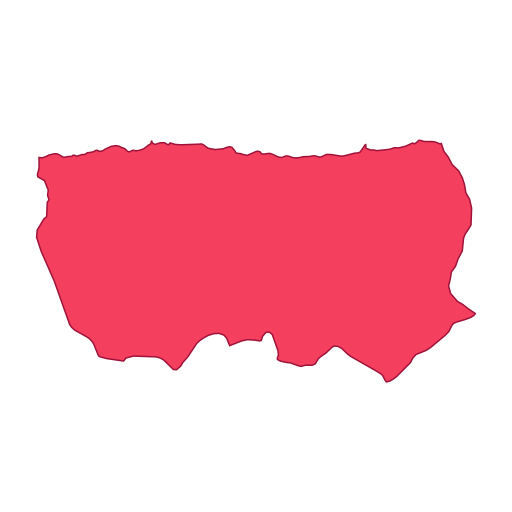 Tarapacá, Equal Earth projection, rotated 92°
{"feature_id": "CHL-2693", "entity_name": "Tarapacá", "entity_type": "Region", "adm_level": 1, "iso_a3": "CHL", "parent_name": "Chile", "parent_adm1": "", "projection": "equal_earth", "projection_center": [-69.568, -20.2], "detail": "fine", "context": "isolated", "style": "filled", "palette": "rose", "viewbox_px": 512, "rotation_deg": 92, "n_neighbors": 0, "source": "natural_earth", "source_scale": "10m", "svg_char_len": 3396}
<svg xmlns="http://www.w3.org/2000/svg" viewBox="0 0 512 512"><g transform="rotate(92 256 256)"><path d="M306.0,34.8L308.0,36.5L309.7,38.9L312.1,44.5L315.2,53.8L316.6,56.3L318.5,57.8L324.7,60.6L328.9,64.4L341.3,78.3L344.3,82.5L348.9,92.7L352.5,95.7L357.2,98.0L371.3,111.0L374.0,114.3L376.3,117.8L377.3,121.2L376.1,122.4L370.8,125.4L369.0,127.8L366.1,133.0L360.2,144.2L353.0,157.9L350.7,161.2L345.2,167.3L343.5,170.9L343.2,174.1L344.1,176.4L350.4,182.6L354.6,188.2L356.8,190.3L360.9,192.5L362.2,193.7L363.2,196.1L363.3,197.3L363.4,202.5L364.0,204.9L364.5,206.0L364.7,207.1L364.3,209.6L361.6,217.9L361.4,221.3L360.3,227.4L359.7,229.2L358.5,231.0L357.3,231.2L355.9,230.6L354.1,230.2L350.0,230.7L333.9,237.0L331.6,240.0L332.0,243.4L336.0,246.6L340.3,247.8L340.7,249.6L340.1,254.6L339.9,261.5L341.4,267.4L346.5,279.2L339.1,282.5L336.1,285.4L334.6,290.1L335.1,295.5L337.0,300.9L339.8,305.7L342.7,309.5L345.6,312.3L359.0,320.5L365.1,325.5L368.5,327.3L372.4,331.4L372.3,334.6L363.3,344.4L361.3,348.1L360.3,352.2L360.3,375.0L362.5,382.3L365.6,384.7L363.7,401.9L362.1,408.7L361.5,409.6L360.5,410.3L349.6,415.1L347.3,416.8L344.7,419.3L343.0,421.8L336.4,434.6L333.7,437.8L331.0,439.8L288.2,456.7L258.9,470.8L245.1,475.9L237.8,475.6L226.3,469.3L225.0,467.6L223.8,466.6L209.6,466.5L208.1,465.4L206.8,465.0L205.7,465.2L204.1,466.0L202.9,466.3L201.9,466.4L197.5,465.9L188.1,470.0L184.5,476.8L182.8,477.2L181.3,477.2L178.6,476.4L174.7,475.9L165.4,476.3L165.1,476.3L165.4,473.6L164.4,470.4L162.2,466.2L161.0,461.7L160.8,458.2L161.6,456.7L162.3,455.0L163.5,453.0L164.1,451.2L163.1,447.1L162.9,443.8L161.7,442.3L161.7,440.7L162.2,439.7L162.6,438.5L162.1,437.2L161.4,435.5L160.6,433.2L160.6,430.8L158.6,428.0L158.4,426.0L157.5,422.1L157.0,421.2L156.3,420.3L155.9,419.2L156.0,418.2L156.3,417.3L156.7,416.7L156.9,416.8L156.4,413.1L154.7,410.9L151.5,404.6L150.6,400.0L151.0,396.9L151.8,395.2L153.3,390.9L155.9,388.0L156.3,386.0L154.5,382.6L155.1,380.0L154.5,376.5L153.6,374.1L152.8,372.1L150.9,369.6L148.9,367.3L147.5,365.0L145.1,364.6L144.9,364.3L147.1,363.0L148.0,360.8L146.2,355.7L146.0,351.5L147.8,348.1L147.8,346.9L147.1,346.7L146.8,346.4L146.5,346.1L146.0,345.7L147.3,340.6L147.5,334.9L146.2,316.8L145.9,314.3L146.8,312.2L149.8,307.9L150.4,305.2L151.0,300.2L150.4,295.6L149.9,292.4L148.1,288.1L147.7,285.9L148.4,283.7L151.4,281.0L153.8,279.5L154.3,274.4L154.9,273.1L155.7,268.2L151.8,260.1L151.2,258.0L151.6,255.9L152.3,255.2L153.2,254.5L153.9,252.7L153.8,251.4L153.1,247.4L153.0,245.5L153.8,242.9L156.2,237.4L156.7,233.9L156.4,232.8L155.1,230.2L154.9,228.5L155.1,226.7L156.3,222.9L156.6,221.2L156.4,217.3L155.1,212.2L154.7,206.4L153.8,201.7L154.0,199.9L154.8,196.5L154.8,194.5L152.0,189.1L152.0,184.2L153.2,174.7L152.9,171.6L149.8,161.2L149.4,157.6L148.6,155.7L145.3,153.5L141.4,151.1L140.9,150.2L144.6,149.8L145.4,147.0L146.1,145.0L145.9,142.1L146.5,138.9L145.4,131.0L144.6,125.9L143.0,121.6L142.9,117.0L141.1,110.4L137.7,103.6L137.9,102.4L138.4,101.6L137.2,99.8L135.6,98.1L134.8,97.6L134.7,96.0L135.5,92.7L135.7,90.9L135.5,83.9L135.9,80.5L137.6,75.9L137.1,74.7L144.8,71.9L150.6,67.2L157.6,63.3L164.0,56.3L171.0,52.4L177.9,50.0L185.5,48.5L191.9,44.5L200.6,42.2L210.5,42.2L217.5,42.2L221.6,44.5L226.8,47.7L230.9,49.2L243.7,50.0L251.8,53.9L259.4,56.3L265.2,60.2L272.1,61.0L279.1,62.5L286.7,60.2L294.3,53.1L297.2,47.7L301.2,42.2L305.9,34.8L306.0,34.8Z" fill="#f43f5e" stroke="#9f1239" stroke-width="1.5"/></g></svg>